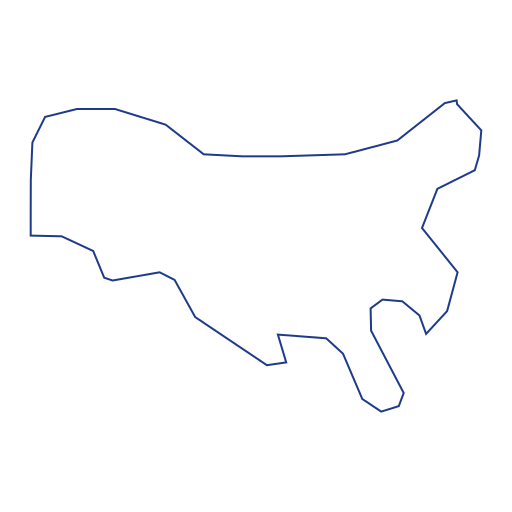 outline of Darlington
{"feature_id": "GBR-2028", "entity_name": "Darlington", "entity_type": "Unitary Authority", "adm_level": 1, "iso_a3": "GBR", "parent_name": "United Kingdom", "parent_adm1": "", "projection": "equal_earth", "projection_center": [-1.518, 54.521], "detail": "fine", "context": "isolated", "style": "outline", "palette": "blue", "viewbox_px": 512, "rotation_deg": 0, "n_neighbors": 0, "source": "natural_earth", "source_scale": "10m", "svg_char_len": 671}
<svg xmlns="http://www.w3.org/2000/svg" viewBox="0 0 512 512"><path d="M456.6,100.4L457.1,104.2L481.3,130.4L479.1,155.5L474.8,170.2L437.4,188.8L422.0,228.0L457.6,272.3L447.1,311.1L426.1,333.9L419.5,315.5L402.3,301.3L382.5,299.6L370.6,308.4L371.1,330.7L403.7,393.0L398.8,406.1L381.2,411.6L362.3,399.0L343.0,353.7L326.2,338.3L277.9,334.6L286.2,362.4L266.9,365.2L195.2,317.1L174.6,279.9L159.6,272.3L112.6,280.5L104.2,277.7L93.2,251.0L61.6,236.3L30.7,235.6L30.7,213.4L30.8,179.9L32.4,142.5L45.1,116.9L76.8,109.0L114.9,109.0L165.7,124.7L203.7,154.3L241.8,156.3L281.5,156.3L344.9,154.3L397.3,140.5L444.8,103.1L456.6,100.4Z" fill="none" stroke="#1e3a8a" stroke-width="2"/></svg>